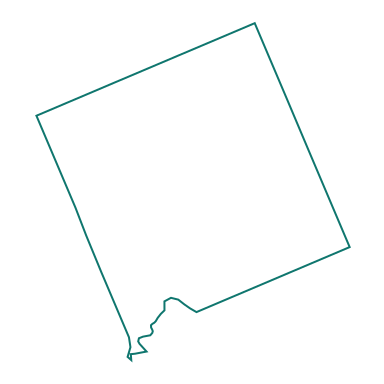 Kalangala, Albers equal-area conic projection, rotated 247°
{"feature_id": "UGA-2631", "entity_name": "Kalangala", "entity_type": "District", "adm_level": 1, "iso_a3": "UGA", "parent_name": "Uganda", "parent_adm1": "", "projection": "albers", "projection_center": [32.167, -0.565], "detail": "fine", "context": "isolated", "style": "outline", "palette": "teal", "viewbox_px": 384, "rotation_deg": 247, "n_neighbors": 0, "source": "natural_earth", "source_scale": "10m", "svg_char_len": 669}
<svg xmlns="http://www.w3.org/2000/svg" viewBox="0 0 384 384"><g transform="rotate(247 192 192)"><path d="M287.6,315.7L236.4,315.7L184.6,315.6L132.9,315.6L81.2,315.6L79.7,315.6L79.7,251.1L79.7,149.2L85.7,144.7L91.6,141.0L98.3,137.3L102.8,131.3L102.1,123.9L93.8,120.4L92.0,115.7L89.5,111.2L87.2,108.1L86.4,106.2L86.1,104.0L85.4,102.2L83.2,101.4L80.9,101.6L79.2,101.5L77.8,100.4L76.4,97.6L78.0,90.4L78.1,86.0L75.5,84.1L72.7,84.4L62.9,87.8L65.4,76.3L66.7,72.2L65.1,71.8L61.0,70.4L65.4,68.3L73.2,74.7L82.9,77.2L153.8,77.2L193.1,77.6L223.0,78.6L254.6,78.6L323.0,78.6L323.0,163.0L322.9,315.7L288.1,315.7L287.6,315.7Z" fill="none" stroke="#0f766e" stroke-width="2"/></g></svg>